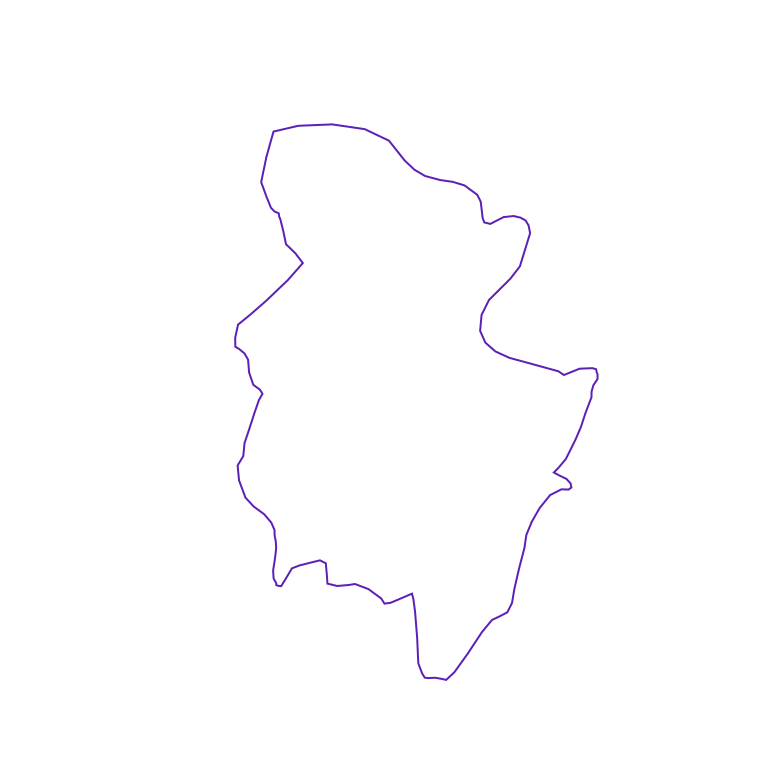 Northern, Natural Earth projection, rotated 48°
{"feature_id": "RWA-3494", "entity_name": "Northern", "entity_type": "Province", "adm_level": 1, "iso_a3": "RWA", "parent_name": "Rwanda", "parent_adm1": "", "projection": "natural_earth1", "projection_center": [29.92, -1.616], "detail": "fine", "context": "isolated", "style": "outline", "palette": "violet", "viewbox_px": 768, "rotation_deg": 48, "n_neighbors": 0, "source": "natural_earth", "source_scale": "10m", "svg_char_len": 1917}
<svg xmlns="http://www.w3.org/2000/svg" viewBox="0 0 768 768"><g transform="rotate(48 384 384)"><path d="M421.1,281.0L434.4,279.4L448.3,273.4L491.2,245.9L497.7,244.3L503.5,228.4L511.7,218.5L515.0,216.5L517.7,218.1L519.5,218.7L523.1,221.9L525.1,229.4L528.6,234.9L532.7,238.7L540.6,254.1L547.7,266.4L553.2,278.3L558.7,292.1L561.4,299.0L563.0,310.2L563.4,317.0L569.1,315.0L576.7,311.9L582.8,311.9L586.3,314.0L586.0,317.4L581.0,322.6L577.7,334.9L580.3,351.3L585.2,366.2L591.4,379.2L599.7,389.2L611.1,406.5L623.4,424.1L632.4,435.4L636.2,445.2L634.0,453.6L631.6,461.7L633.9,477.1L640.4,502.2L645.3,524.6L645.5,535.8L641.9,538.3L636.5,542.6L632.0,548.1L629.5,550.2L624.8,549.4L614.5,545.4L594.8,529.2L573.9,513.2L563.5,506.1L558.5,503.5L555.3,513.1L551.0,525.5L547.5,530.6L541.5,529.6L526.0,532.8L513.2,539.4L509.7,544.8L502.8,553.9L494.5,559.6L486.7,553.5L478.3,547.2L472.2,549.6L467.4,558.5L462.2,568.4L459.4,575.8L462.9,587.0L465.4,595.7L463.0,597.8L461.4,598.6L459.7,597.3L454.7,596.2L448.5,591.3L442.4,583.8L437.3,577.8L433.3,573.5L428.6,569.8L423.6,566.8L419.3,563.1L411.6,560.5L400.6,560.2L388.0,562.8L375.8,563.0L358.6,556.2L346.6,547.3L343.4,536.8L334.6,527.2L327.1,513.9L318.7,499.4L312.2,487.6L310.0,480.9L305.1,480.0L297.2,481.7L285.3,476.6L274.9,468.7L267.9,467.2L260.7,468.3L256.9,469.6L250.1,463.7L242.2,452.7L243.0,436.8L243.3,415.6L242.4,385.6L239.8,363.4L227.4,362.4L214.6,363.3L202.9,356.5L192.6,351.0L189.3,349.8L186.7,348.0L182.6,349.9L177.4,350.1L165.4,345.7L151.8,340.2L136.6,319.5L125.3,301.7L122.5,297.2L134.7,275.0L156.4,248.8L181.7,227.8L206.5,217.5L231.9,219.1L245.2,218.0L256.9,214.3L270.0,205.8L279.7,197.7L290.3,191.3L305.7,188.1L313.2,190.1L326.6,199.6L331.0,201.4L336.2,197.8L340.0,183.4L345.7,175.5L351.6,171.3L357.1,169.4L362.7,170.4L362.8,170.4L369.7,174.5L387.5,204.3L390.3,219.7L391.8,249.7L397.9,265.2L408.8,277.0L421.1,281.0Z" fill="none" stroke="#5b21b6" stroke-width="2"/></g></svg>